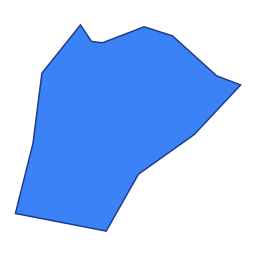 SVG path tracing the border of Salgótarján
{"feature_id": "HUN-4921", "entity_name": "Salgótarján", "entity_type": "Urban county", "adm_level": 1, "iso_a3": "HUN", "parent_name": "Hungary", "parent_adm1": "", "projection": "orthographic", "projection_center": [19.799, 48.1], "detail": "fine", "context": "isolated", "style": "filled", "palette": "blue", "viewbox_px": 256, "rotation_deg": 0, "n_neighbors": 0, "source": "natural_earth", "source_scale": "10m", "svg_char_len": 285}
<svg xmlns="http://www.w3.org/2000/svg" viewBox="0 0 256 256"><path d="M80.5,24.9L91.4,41.4L102.4,42.8L144.1,26.8L172.5,35.9L216.6,75.8L240.6,85.0L194.1,134.6L138.5,174.1L106.2,231.1L15.4,213.5L33.0,143.3L41.9,73.2L80.5,24.9Z" fill="#3b82f6" stroke="#1e3a8a" stroke-width="1.5"/></svg>